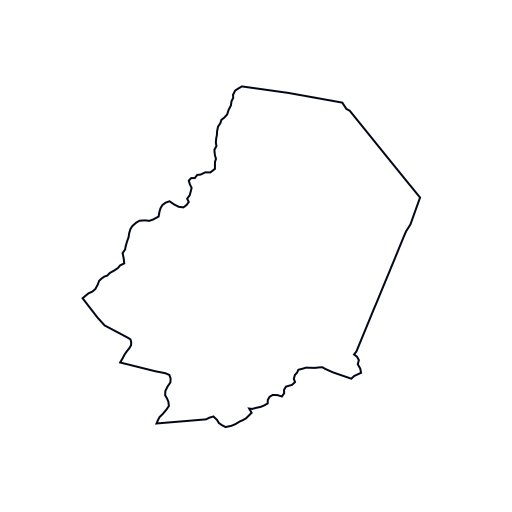 outline of Senhor do Bonfim, Bahia, Brazil, rotated 240°
{"feature_id": "56859067B69300901426109", "entity_name": "Senhor do Bonfim", "entity_type": "district", "adm_level": 2, "iso_a3": "BRA", "parent_name": "Brazil", "parent_adm1": "Bahia", "projection": "robinson", "projection_center": [-40.117, -10.481], "detail": "fine", "context": "isolated", "style": "outline", "palette": "ink", "viewbox_px": 512, "rotation_deg": 240, "n_neighbors": 0, "source": "geoboundaries", "source_scale": "gbopen_adm2", "svg_char_len": 2227}
<svg xmlns="http://www.w3.org/2000/svg" viewBox="0 0 512 512"><g transform="rotate(240 256 256)"><path d="M306.1,84.7L282.2,87.9L271.5,90.2L249.2,104.2L246.6,105.6L243.9,104.9L241.2,103.2L239.5,100.2L238.1,96.6L236.5,93.1L234.0,89.2L231.7,85.1L206.6,111.1L199.7,119.0L196.3,121.5L192.5,120.8L189.3,118.6L187.1,114.0L184.4,110.0L180.9,107.7L177.3,107.7L173.7,107.3L169.7,105.6L167.8,101.7L165.8,96.2L164.7,91.9L163.0,89.2L160.7,86.1L139.5,131.1L139.3,134.8L138.3,138.9L133.5,140.3L130.0,140.3L126.7,141.8L123.1,144.1L121.3,149.5L120.7,153.8L120.8,159.4L120.4,162.6L120.4,166.3L121.5,170.4L122.4,173.8L127.3,173.8L125.5,176.2L124.3,180.6L123.0,184.6L122.5,188.0L122.5,192.4L125.5,194.3L127.3,197.5L127.3,201.0L124.9,204.9L121.4,208.2L123.0,211.7L126.0,213.3L127.9,216.6L126.4,222.7L127.3,226.8L130.7,227.3L133.5,230.2L134.5,233.3L136.3,235.8L135.2,239.6L134.3,243.5L131.5,248.0L129.4,251.5L128.1,254.7L126.4,257.9L123.9,259.3L116.8,264.4L102.1,277.2L103.0,281.1L102.3,288.6L106.5,290.0L111.3,290.0L114.4,293.0L118.3,293.1L121.7,291.7L123.1,295.2L152.4,333.2L154.3,335.8L169.7,355.8L176.1,364.2L178.4,367.1L181.5,371.2L199.0,393.8L202.4,398.4L206.1,405.5L224.6,427.3L230.1,426.4L236.5,425.4L241.8,424.5L279.6,418.5L335.0,409.8L338.2,407.8L345.7,407.4L381.1,365.5L409.9,328.6L409.9,324.9L409.7,320.7L407.1,316.7L404.3,315.3L402.3,312.2L398.9,309.5L396.3,305.4L393.0,301.8L391.7,297.7L391.2,294.1L388.9,291.6L387.0,287.8L383.4,284.6L380.4,282.7L377.7,280.3L374.2,277.9L371.0,276.7L368.7,273.0L363.8,270.8L360.1,269.9L358.1,267.6L355.6,266.1L352.0,264.0L351.2,258.3L353.8,253.9L354.2,248.8L355.6,245.6L354.1,242.0L355.9,238.9L354.9,235.5L351.4,234.6L347.2,234.3L344.8,232.0L341.8,229.0L340.0,225.0L336.4,224.8L334.9,221.4L334.4,217.5L337.1,213.8L341.5,210.9L346.6,208.5L347.4,204.4L346.9,200.3L345.1,197.2L342.9,194.8L338.9,191.4L339.0,185.3L339.8,181.2L342.4,177.6L344.8,172.8L344.8,169.0L343.8,164.0L342.2,160.8L339.3,157.7L335.9,155.0L333.5,152.1L329.9,148.3L327.1,145.9L325.2,141.9L320.3,140.3L315.5,138.2L315.8,133.6L314.6,130.4L314.3,126.0L314.4,121.0L313.4,117.4L314.0,114.3L313.7,110.9L312.9,107.7L310.4,104.7L307.7,100.3L307.0,96.5L307.4,92.1L306.8,88.5L306.1,84.7Z" fill="none" stroke="#020617" stroke-width="2"/></g></svg>